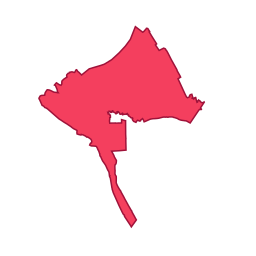 Maruntei, Olt, Romania, rotated 77°
{"feature_id": "2599482B42187195394507", "entity_name": "Maruntei", "entity_type": "district", "adm_level": 2, "iso_a3": "ROU", "parent_name": "Romania", "parent_adm1": "Olt", "projection": "orthographic", "projection_center": [24.493, 44.238], "detail": "fine", "context": "isolated", "style": "filled", "palette": "rose", "viewbox_px": 256, "rotation_deg": 77, "n_neighbors": 0, "source": "geoboundaries", "source_scale": "gbopen_adm2", "svg_char_len": 5673}
<svg xmlns="http://www.w3.org/2000/svg" viewBox="0 0 256 256"><g transform="rotate(77 128 128)"><path d="M225.1,147.0L219.4,140.5L217.2,141.2L215.9,141.5L211.1,142.9L209.4,143.1L208.7,143.5L206.0,144.3L203.8,145.0L199.1,146.3L196.8,147.0L194.3,147.6L189.1,149.1L187.7,149.3L185.9,150.1L182.7,151.1L180.3,151.6L178.8,151.8L178.3,151.7L174.7,150.8L172.8,150.4L172.2,150.4L171.4,150.8L170.8,150.9L169.6,151.0L166.3,150.1L165.2,150.0L163.8,149.7L163.0,149.6L162.0,149.3L161.0,148.9L160.4,148.0L160.0,147.7L159.0,147.2L157.2,146.6L156.2,146.8L154.8,147.3L154.6,147.3L153.4,147.7L152.1,147.9L151.6,147.9L146.9,149.2L148.3,140.8L149.1,134.9L139.9,133.0L138.3,132.6L137.9,132.4L137.5,132.4L133.7,131.7L120.3,128.7L120.2,129.1L118.4,132.4L121.6,133.1L121.2,135.5L121.0,136.2L120.8,137.5L120.5,138.8L120.5,139.0L120.2,139.3L120.2,139.8L119.6,142.4L119.2,144.7L117.3,144.5L116.0,144.2L115.8,143.9L113.8,143.5L113.8,142.8L113.7,142.7L111.5,142.3L111.4,142.7L111.4,142.8L110.0,143.2L109.9,144.1L108.2,144.2L108.4,143.8L108.2,143.0L107.8,142.8L107.4,142.7L107.5,142.4L107.6,141.9L107.9,141.8L108.0,141.4L108.2,141.2L108.3,141.2L108.6,141.4L108.8,141.3L109.0,141.2L109.0,140.4L108.6,140.0L108.2,139.8L107.8,139.5L107.7,139.4L107.8,139.0L107.9,138.9L108.4,138.8L108.6,139.0L108.8,139.2L109.0,139.0L109.2,138.5L109.8,137.8L110.1,137.3L110.5,137.0L111.3,136.8L111.4,136.6L111.5,136.3L111.3,136.0L110.8,135.6L110.3,135.3L109.8,135.2L109.7,135.1L109.7,134.7L109.9,134.7L110.5,134.8L110.7,134.7L109.9,134.1L109.9,133.8L110.8,133.3L111.3,133.0L111.8,132.9L112.2,133.0L112.5,132.9L112.8,132.4L113.0,131.9L112.7,130.7L112.3,130.2L112.5,129.9L112.8,129.9L113.3,130.2L113.4,130.5L113.8,130.4L114.0,130.1L113.9,129.8L113.6,129.4L113.6,129.2L113.9,128.4L113.9,127.7L114.0,127.1L114.2,126.9L114.3,126.5L113.9,126.4L113.7,125.4L113.9,125.3L114.8,125.3L115.1,125.2L115.3,124.9L115.3,124.6L115.5,124.5L115.8,124.5L116.1,124.8L116.4,124.7L117.8,123.2L118.4,123.1L118.6,122.9L118.8,122.5L119.2,121.3L119.7,121.2L120.2,121.8L120.4,121.8L121.2,121.7L122.6,121.1L123.1,120.7L123.9,119.4L124.2,119.2L124.3,119.0L124.1,118.8L122.7,117.3L122.6,117.1L123.0,116.2L123.3,116.0L123.5,115.5L123.9,115.1L123.9,114.4L123.8,114.2L123.5,114.2L123.2,114.0L123.2,113.7L122.9,113.4L122.6,112.8L122.5,112.6L122.4,112.0L122.2,111.7L123.5,111.2L125.6,110.9L125.5,110.1L125.2,108.4L124.4,104.3L124.5,102.3L124.7,100.8L125.0,99.4L125.0,98.7L125.2,98.0L125.4,95.9L125.3,91.8L125.4,90.4L125.8,89.3L126.0,88.4L125.9,88.3L126.0,87.7L126.5,86.8L126.5,85.3L127.1,82.7L127.5,81.7L128.1,80.9L128.4,80.1L129.1,79.0L129.8,77.8L131.0,76.6L132.1,74.9L132.7,73.6L133.3,72.0L133.9,70.5L134.1,69.7L137.1,66.3L127.3,55.8L126.2,54.5L126.1,54.3L126.0,54.1L126.4,52.9L126.5,52.6L126.4,52.3L126.3,52.2L126.1,52.2L125.1,52.8L124.9,52.8L124.6,52.7L120.0,47.9L119.7,48.0L120.0,48.6L120.1,49.2L120.0,50.0L119.9,50.4L118.9,51.3L118.5,51.6L118.0,51.7L117.5,52.0L116.9,52.8L116.6,53.0L117.8,54.5L118.8,54.0L118.7,54.1L117.9,54.6L118.2,55.0L117.0,55.1L115.0,55.2L114.0,55.1L113.5,55.2L113.6,55.5L114.2,55.8L114.2,56.1L113.9,56.1L113.7,56.3L114.1,56.6L113.8,56.8L113.7,57.1L113.9,57.6L114.2,57.8L113.7,58.0L113.6,58.4L113.3,58.8L112.8,58.0L109.5,58.2L109.5,59.4L109.7,60.1L110.4,60.8L110.9,60.8L111.4,60.8L111.9,63.2L111.7,63.4L111.0,64.0L107.8,64.8L91.3,68.2L90.3,65.3L89.7,65.5L89.3,65.7L89.2,65.5L84.4,66.9L83.5,67.2L82.8,67.2L82.0,67.3L71.3,70.4L63.6,72.3L61.0,73.1L60.4,73.6L59.5,73.7L59.2,73.9L58.9,74.2L58.2,75.3L59.4,80.2L53.2,82.6L52.5,81.2L42.7,84.6L42.2,84.7L39.3,85.7L39.1,85.2L38.9,85.1L37.3,85.8L36.9,86.0L36.6,85.9L36.3,86.0L35.5,86.4L35.4,86.5L35.0,87.6L35.6,88.1L36.0,88.8L37.4,90.7L38.0,92.1L30.9,98.0L42.2,105.8L47.6,112.1L52.7,119.6L57.8,128.6L60.5,136.7L60.9,140.5L61.6,152.4L65.9,161.3L62.6,163.4L61.5,164.3L59.9,164.8L59.6,165.1L59.6,165.3L59.9,165.8L60.2,166.1L60.8,166.5L61.1,166.9L61.6,167.2L61.8,167.5L61.8,168.0L61.0,169.2L60.7,170.0L60.6,170.7L60.6,172.0L60.8,171.9L61.0,172.3L61.1,173.1L61.4,173.9L61.3,174.1L61.5,174.4L61.8,174.9L62.3,175.6L62.6,175.8L63.2,176.0L63.5,176.1L64.2,176.0L64.6,176.1L64.9,176.2L65.1,177.3L65.3,177.7L65.8,179.2L66.8,181.0L67.2,181.6L67.6,181.9L68.2,182.1L69.2,182.4L70.1,182.5L71.1,183.5L71.3,183.7L70.2,185.4L69.2,186.3L67.9,187.5L68.0,187.8L69.6,190.0L70.2,189.3L70.6,189.1L74.6,188.4L76.8,188.5L77.3,188.4L77.9,188.1L77.7,188.9L77.2,189.8L76.7,191.4L76.2,192.4L74.3,194.7L73.3,196.1L72.9,197.1L72.6,197.9L72.7,198.4L74.7,200.5L75.4,201.0L77.3,201.8L76.8,205.0L76.9,205.7L77.2,206.6L77.9,207.1L78.3,207.6L79.1,208.1L79.7,208.1L80.3,207.8L86.7,206.6L87.2,205.9L87.5,205.5L88.0,205.1L89.3,204.5L90.0,203.4L90.4,202.9L90.6,202.8L90.6,202.6L103.6,193.2L105.5,191.3L108.1,188.9L110.3,186.6L113.0,184.1L114.1,183.0L114.3,183.0L116.4,181.2L118.1,179.1L118.9,178.3L119.2,178.2L120.4,178.7L122.3,179.0L123.2,177.6L124.1,175.8L124.2,175.3L124.2,175.0L124.2,174.7L123.9,174.7L124.9,172.8L125.6,172.3L125.9,171.6L126.2,171.3L127.5,170.3L127.7,170.0L127.6,169.6L127.7,169.3L129.4,167.7L130.6,166.7L131.5,166.4L132.8,166.3L134.0,166.8L134.3,167.0L134.4,167.5L134.3,167.8L134.5,168.1L136.0,169.2L136.7,168.5L137.4,167.3L137.5,166.6L138.4,163.8L138.7,163.2L139.1,162.9L140.3,162.5L142.2,162.2L144.0,161.7L145.7,161.5L146.3,161.5L146.6,161.3L147.9,161.5L149.0,161.5L150.2,160.9L150.7,160.9L154.2,160.2L158.7,158.4L159.7,158.1L164.3,157.2L165.8,156.7L166.7,156.5L168.6,156.6L169.7,156.8L170.0,156.8L170.4,156.4L171.1,156.9L171.8,156.7L172.9,156.5L180.8,157.0L182.1,157.1L184.0,157.1L184.4,157.2L186.1,157.0L187.7,156.9L201.1,154.3L208.7,152.6L210.9,152.0L211.4,151.8L211.8,151.3L211.9,151.2L212.3,151.1L212.9,151.3L213.6,151.2L223.2,147.6L225.1,147.0Z" fill="#f43f5e" stroke="#9f1239" stroke-width="1.5"/></g></svg>